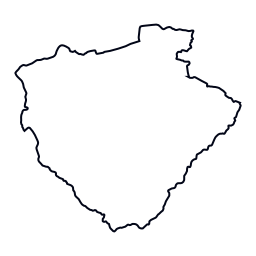 Sop Prap, Lampang, Thailand
{"feature_id": "78962969B39670710087023", "entity_name": "Sop Prap", "entity_type": "district", "adm_level": 2, "iso_a3": "THA", "parent_name": "Thailand", "parent_adm1": "Lampang", "projection": "orthographic", "projection_center": [99.346, 17.89], "detail": "fine", "context": "isolated", "style": "outline", "palette": "ink", "viewbox_px": 256, "rotation_deg": 0, "n_neighbors": 0, "source": "geoboundaries", "source_scale": "gbopen_adm2", "svg_char_len": 5706}
<svg xmlns="http://www.w3.org/2000/svg" viewBox="0 0 256 256"><path d="M75.0,50.9L73.8,51.6L72.6,51.9L70.4,51.3L70.0,50.8L69.2,48.6L68.4,47.9L66.0,46.5L63.9,45.6L62.4,45.3L61.2,45.4L60.0,46.0L58.8,47.2L58.1,48.2L56.6,51.2L55.7,54.2L54.9,55.4L54.3,56.0L53.1,56.8L47.6,58.7L46.4,58.8L44.9,58.6L44.1,58.6L41.1,59.8L39.9,60.0L37.2,60.1L36.3,60.5L32.2,63.3L26.6,65.5L25.7,65.5L23.7,65.0L22.8,65.2L21.9,65.7L20.2,66.9L18.5,69.3L16.3,71.6L15.7,72.4L15.4,73.0L15.5,73.4L16.1,74.8L16.9,76.0L17.9,77.1L21.1,80.2L21.8,81.0L22.3,82.0L23.1,83.9L23.8,87.5L26.1,92.3L26.4,93.2L26.1,94.5L25.8,95.1L25.7,95.8L25.3,96.8L26.0,99.4L26.0,100.4L25.8,101.5L25.1,103.7L24.8,106.0L24.9,106.7L25.1,106.9L27.1,107.5L27.5,107.8L27.7,108.1L27.7,108.5L27.6,108.9L27.3,109.3L26.9,109.5L26.1,109.8L24.0,109.9L23.2,110.4L22.8,110.9L22.4,111.7L22.3,112.6L21.5,114.5L21.3,115.2L21.1,117.1L21.2,120.5L21.0,122.3L21.4,124.2L22.2,125.2L22.3,127.0L23.1,128.2L23.6,129.8L24.5,130.9L27.6,128.1L28.4,127.7L28.8,127.7L29.2,127.7L29.9,128.0L32.7,131.4L34.9,135.0L37.5,140.6L38.0,142.0L38.1,142.8L37.9,144.1L37.6,144.9L37.1,145.9L36.6,147.1L36.4,147.8L36.5,148.6L36.7,149.5L38.9,155.9L39.0,156.5L38.9,157.2L38.3,158.9L38.4,160.1L38.5,160.6L39.1,161.7L39.7,162.3L41.2,163.9L42.5,165.5L46.1,166.7L47.6,166.8L47.9,166.9L48.4,167.4L49.3,168.1L49.6,168.4L49.8,169.5L51.4,171.1L52.4,171.5L54.4,171.9L55.6,172.5L56.0,173.3L55.9,174.5L56.1,175.3L56.8,176.1L58.3,176.9L59.2,177.7L59.6,177.9L62.8,179.1L63.2,179.5L63.3,180.4L63.6,180.7L64.0,180.9L65.2,180.9L66.1,181.4L66.2,182.0L66.9,182.6L67.0,183.6L67.2,183.9L70.5,185.1L71.4,185.6L72.5,186.6L73.0,187.6L73.3,190.4L73.9,191.0L74.6,192.2L75.1,195.2L75.5,196.0L76.2,196.8L78.7,199.1L80.6,202.4L81.8,204.1L82.4,204.7L83.9,205.7L85.1,206.0L85.7,206.4L87.3,208.0L90.1,209.8L91.7,210.1L92.7,210.7L93.9,210.5L94.8,210.1L95.5,210.2L96.2,210.6L96.8,211.6L97.3,212.0L99.0,212.6L100.6,213.0L101.0,213.5L101.6,214.4L101.9,214.6L102.2,214.7L103.8,214.4L104.2,214.6L104.4,215.1L104.0,216.9L103.9,217.4L102.8,218.9L102.7,220.3L102.8,221.2L103.2,221.5L103.9,221.8L104.5,221.8L105.6,221.4L106.1,221.5L107.0,222.7L107.6,223.3L109.0,224.0L109.5,226.0L110.0,227.6L110.7,228.6L112.5,230.4L113.1,231.0L113.8,231.3L114.4,231.4L114.7,231.2L115.5,230.5L116.6,229.1L117.6,228.5L120.2,227.6L121.6,227.8L125.4,226.6L127.6,224.8L128.4,224.7L129.6,225.1L130.5,225.0L132.3,224.0L132.9,223.9L134.9,224.0L136.4,224.5L137.6,225.5L139.1,227.6L139.8,228.0L140.6,228.3L141.8,228.5L142.8,228.4L147.0,224.5L147.4,224.4L148.0,224.3L148.6,224.5L149.2,223.8L149.4,221.5L149.7,221.0L151.2,219.8L155.6,217.7L156.2,217.2L158.1,214.5L158.9,214.0L161.1,211.9L162.7,210.6L163.2,209.6L163.5,208.6L163.4,207.6L163.5,206.7L164.8,204.5L165.9,201.3L169.1,196.0L169.3,195.4L169.3,193.5L169.1,192.7L168.3,191.6L168.1,191.0L168.4,190.3L168.8,190.0L171.7,188.5L174.0,188.1L174.8,187.7L175.4,186.9L175.7,186.1L175.8,185.3L176.2,184.6L177.0,183.7L177.7,183.3L178.7,183.2L180.8,183.2L182.1,182.8L183.3,181.8L184.1,180.2L184.2,179.3L184.2,176.0L184.3,175.7L185.8,173.6L187.0,171.0L187.1,168.7L187.5,167.2L187.8,166.9L188.3,166.7L189.7,167.1L190.2,166.9L190.7,165.7L191.1,163.0L191.5,161.8L192.4,160.6L193.6,159.7L194.4,159.3L195.7,159.0L196.1,158.8L196.3,158.3L196.6,155.7L196.8,154.9L197.0,154.5L200.7,152.5L201.2,152.1L203.0,150.0L203.9,149.6L204.7,149.6L206.5,149.8L207.0,149.8L207.4,149.6L207.8,149.0L208.3,146.9L208.7,146.2L209.1,145.9L209.4,145.7L211.3,145.5L211.7,145.2L212.1,144.7L214.3,139.5L215.3,137.5L216.1,136.5L218.0,134.7L219.4,133.9L220.4,133.7L221.9,133.7L222.7,133.4L224.0,133.8L224.5,133.6L225.1,132.8L226.3,130.6L228.1,129.0L228.5,128.4L228.6,127.7L228.4,126.1L228.5,125.7L229.0,125.5L230.7,125.6L231.1,125.6L232.8,124.8L233.4,124.2L234.0,123.0L234.4,121.7L235.2,120.7L235.2,120.4L234.4,118.6L234.5,118.1L234.6,117.9L235.8,117.2L236.1,116.8L237.4,112.5L237.7,111.9L239.2,109.8L240.6,105.8L240.6,105.3L239.6,103.4L239.6,102.9L239.8,102.7L235.7,101.1L235.0,101.2L234.2,101.7L233.8,101.9L233.6,101.8L232.7,100.7L231.9,99.1L231.1,98.2L230.6,98.0L228.9,97.8L227.5,96.9L225.7,95.6L225.4,95.2L225.3,94.8L225.6,93.2L223.5,91.0L219.1,88.0L217.6,87.5L215.3,87.0L213.6,86.9L211.9,86.6L210.1,86.5L209.0,86.2L208.5,86.2L207.4,86.5L207.2,86.4L207.0,85.9L207.2,84.1L206.8,83.6L206.0,83.1L201.7,80.9L195.3,77.3L194.5,77.1L194.0,77.1L193.5,77.3L192.7,77.8L191.4,77.9L189.9,77.8L188.3,76.9L188.7,76.9L188.9,76.4L188.4,74.9L187.8,72.2L187.0,66.2L187.3,65.5L187.8,65.2L188.6,64.9L189.2,64.1L189.6,63.2L189.3,62.2L188.8,61.7L188.5,61.6L186.0,61.7L184.2,61.5L183.7,61.2L183.3,60.7L183.0,60.5L182.1,60.5L181.5,60.4L180.1,59.8L177.4,59.2L176.5,58.9L176.4,58.6L176.9,57.2L177.0,56.4L176.7,54.0L176.8,53.7L177.3,52.8L178.0,52.0L178.4,51.9L179.1,51.8L181.0,52.1L181.2,51.9L181.5,50.7L182.0,50.3L182.5,50.2L183.6,50.3L185.8,51.0L186.7,51.2L187.0,51.2L188.7,49.2L189.3,48.7L190.7,48.0L191.2,47.6L191.1,46.8L191.0,46.1L190.1,45.4L190.0,45.0L190.6,42.8L191.8,41.6L191.7,41.2L191.3,40.6L191.3,40.3L192.9,39.0L192.9,38.6L191.9,37.0L191.8,35.9L192.2,34.1L193.4,31.3L193.3,30.8L193.1,30.6L192.0,30.5L189.9,31.0L188.5,31.1L185.7,30.3L182.7,30.1L180.7,29.5L179.4,29.3L176.8,30.0L176.0,30.0L174.8,29.7L173.6,28.9L172.7,28.9L170.8,27.4L169.3,27.0L168.2,27.2L166.8,27.6L164.3,29.0L163.7,29.2L163.2,29.1L162.4,28.8L160.3,26.7L158.7,25.3L158.1,25.0L156.2,24.6L152.5,24.9L144.0,25.8L141.8,26.1L140.4,26.6L140.0,27.4L139.7,28.3L138.7,37.2L138.8,38.6L139.4,41.1L130.5,43.9L125.7,46.2L118.1,48.7L110.1,50.9L104.3,51.9L103.8,52.4L103.3,52.7L97.4,53.8L96.6,53.7L96.0,52.7L95.4,50.8L95.1,50.5L94.9,50.4L93.7,50.5L90.3,51.1L87.9,51.8L86.7,52.5L86.2,53.1L85.4,53.3L83.7,54.7L83.3,54.8L81.9,54.5L80.6,54.0L79.3,54.1L78.9,54.0L76.0,52.1L75.0,50.9Z" fill="none" stroke="#020617" stroke-width="2"/></svg>